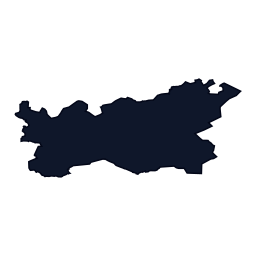 Šķaunes pag., Dagdas, Latvia
{"feature_id": "27541924B39109314614012", "entity_name": "Šķaunes pag.", "entity_type": "district", "adm_level": 2, "iso_a3": "LVA", "parent_name": "Latvia", "parent_adm1": "Dagdas", "projection": "equal_earth", "projection_center": [27.922, 56.167], "detail": "fine", "context": "isolated", "style": "filled", "palette": "ink", "viewbox_px": 256, "rotation_deg": 0, "n_neighbors": 0, "source": "geoboundaries", "source_scale": "gbopen_adm2", "svg_char_len": 5479}
<svg xmlns="http://www.w3.org/2000/svg" viewBox="0 0 256 256"><path d="M22.5,101.7L22.5,101.8L22.4,102.0L22.2,102.3L22.0,102.6L22.0,102.8L21.9,103.0L21.8,103.7L20.8,104.0L20.3,104.3L20.1,104.4L20.0,104.6L20.1,105.0L20.1,106.1L20.1,106.5L20.1,107.2L20.1,107.4L20.1,107.7L20.1,107.8L20.1,108.0L20.1,108.4L20.1,108.7L20.2,109.3L20.1,110.6L20.2,110.9L20.2,111.0L19.9,111.1L19.7,111.5L19.1,112.5L18.8,112.6L17.3,113.0L15.6,113.5L15.5,114.4L15.4,114.5L16.1,115.5L19.0,117.4L20.8,118.0L22.6,118.2L22.7,118.5L22.9,118.7L23.2,118.8L23.4,118.8L24.1,119.8L25.3,120.0L25.9,120.1L26.0,120.1L25.9,121.0L25.5,121.2L25.4,121.3L25.6,121.7L27.5,122.8L27.8,123.1L28.1,123.3L29.0,125.6L27.6,126.8L27.2,127.3L26.9,127.4L26.5,127.4L26.4,127.4L25.8,126.8L25.7,126.5L24.1,126.2L24.1,126.3L23.7,126.5L23.9,126.7L23.8,126.8L24.0,126.9L24.1,127.2L23.8,128.1L23.6,128.5L23.2,128.8L22.9,129.5L23.0,129.6L22.8,129.9L22.9,130.9L22.8,131.0L22.6,131.1L23.3,131.8L24.1,132.2L24.5,132.7L24.8,133.0L25.0,133.3L25.0,133.6L25.0,133.9L25.2,134.5L25.0,135.0L25.2,135.9L25.0,136.0L24.3,136.1L23.8,136.4L22.6,136.6L22.4,136.7L22.3,136.8L22.2,137.2L22.1,138.1L21.2,138.5L21.1,139.1L21.2,140.1L21.1,140.3L21.5,141.0L21.4,141.2L23.7,140.8L28.0,141.0L28.4,141.4L29.1,140.9L30.9,141.1L31.9,141.5L33.0,142.0L33.8,142.1L34.8,142.3L35.1,142.8L36.0,142.6L39.9,142.9L40.4,144.0L41.3,145.6L41.7,146.2L40.9,146.3L38.3,146.5L34.4,155.1L34.6,155.6L36.1,155.9L36.1,157.2L37.1,158.1L30.5,160.9L28.8,161.7L29.0,168.0L29.7,169.3L30.4,170.3L33.7,170.0L34.2,170.0L34.6,170.2L35.2,170.6L35.5,170.9L35.6,171.7L36.6,172.2L37.3,171.7L37.5,171.6L38.3,171.6L38.9,172.2L39.7,172.5L40.3,173.1L41.1,173.7L41.2,173.8L41.1,174.1L42.2,175.3L42.8,175.2L42.9,175.3L43.9,175.7L44.8,176.1L44.7,176.4L44.8,176.5L45.0,176.5L45.4,176.4L46.3,176.2L49.2,176.4L50.3,176.1L51.2,175.9L51.7,175.9L54.5,176.2L54.9,176.0L55.3,175.9L56.2,176.0L56.9,176.1L57.9,176.6L58.6,176.8L59.6,176.8L60.6,176.7L60.9,176.8L61.0,176.9L62.4,176.3L62.7,175.9L62.8,175.6L63.1,175.6L64.5,175.1L66.1,174.5L67.2,173.6L68.6,173.8L69.5,173.2L69.8,173.2L68.5,171.9L68.1,170.7L67.9,169.8L67.9,169.7L68.1,169.4L68.3,169.3L68.0,169.2L70.0,167.3L71.3,166.8L73.2,165.6L81.7,164.8L89.6,164.0L90.9,162.2L92.8,161.7L98.4,160.2L103.4,158.9L103.6,158.9L103.8,159.2L104.1,159.3L104.4,159.2L104.9,158.9L107.0,160.1L108.1,160.7L109.8,161.5L112.3,162.5L113.8,163.1L114.2,163.4L115.7,165.0L116.2,165.4L118.7,166.4L121.6,167.5L122.3,167.7L124.5,168.7L126.0,169.0L130.2,170.8L133.5,172.2L133.3,172.4L135.2,172.8L135.8,173.1L136.0,173.1L136.3,173.8L136.8,173.7L137.9,174.2L138.4,173.6L139.5,172.7L141.1,172.2L142.2,171.6L142.5,172.1L145.4,171.1L145.6,172.0L148.2,171.7L149.4,170.7L149.7,170.7L149.9,170.6L150.1,170.7L150.8,170.5L151.2,170.4L151.7,170.6L151.9,170.7L152.5,170.6L153.4,170.6L154.1,170.7L154.5,170.6L155.3,170.6L155.9,170.4L156.9,170.0L157.3,169.8L157.4,169.7L158.1,168.7L158.8,168.4L159.3,168.1L159.3,167.9L160.0,167.1L161.9,166.9L173.6,166.1L174.0,166.1L174.4,166.3L175.5,167.1L176.3,167.7L176.6,167.8L178.5,168.3L183.6,168.3L184.2,168.3L187.1,173.0L201.4,173.5L201.7,163.9L210.7,159.0L213.6,158.5L216.6,156.7L212.6,152.9L212.8,151.4L213.5,150.4L214.4,145.8L213.3,145.3L212.7,145.1L211.2,143.2L210.4,142.7L209.8,142.2L209.3,142.1L208.9,141.6L208.7,141.3L208.0,140.5L205.7,140.4L202.5,140.4L199.9,138.3L194.9,133.6L195.7,133.3L204.1,129.9L212.0,126.1L208.6,122.7L218.3,117.9L220.8,116.7L220.0,108.8L220.2,106.8L226.4,101.0L229.3,98.6L236.4,95.4L236.6,95.1L239.2,92.5L240.6,91.2L224.2,83.2L223.2,83.5L220.1,85.4L219.9,86.0L221.4,86.1L223.0,87.6L223.2,90.8L218.9,92.4L218.3,94.4L209.8,94.0L208.3,93.1L209.3,91.6L208.9,90.7L207.5,88.8L206.9,88.0L208.7,86.4L211.9,84.6L214.5,83.5L213.0,81.5L212.6,79.9L209.5,80.4L207.3,83.1L206.7,83.7L203.5,85.4L200.9,81.6L201.3,80.6L199.0,79.1L197.4,79.9L195.1,80.2L195.5,82.5L190.2,83.8L185.5,81.9L185.3,82.1L184.4,83.2L183.9,83.6L183.9,83.8L183.6,84.0L182.5,84.8L181.7,85.5L181.2,85.7L180.5,86.0L180.2,86.0L180.1,85.9L179.5,86.0L179.4,86.1L178.6,86.4L178.3,86.6L177.7,86.5L177.2,86.6L176.9,86.6L176.5,86.5L176.0,86.6L175.4,86.6L175.1,86.7L174.8,86.7L174.4,86.8L173.7,86.6L173.0,86.7L172.9,86.8L171.6,87.1L171.5,87.4L171.5,87.6L171.6,87.8L171.6,88.0L171.3,88.2L171.2,88.4L171.4,88.6L171.9,89.0L171.6,89.4L171.3,89.5L170.4,89.6L170.0,89.6L169.9,89.5L169.6,89.6L169.5,90.0L169.7,90.8L169.6,91.3L169.6,91.8L169.4,92.1L169.2,92.2L169.1,92.3L169.0,93.1L168.8,93.3L168.8,93.5L169.3,93.9L169.2,94.0L167.8,93.5L162.7,94.0L161.3,94.2L158.0,95.3L157.8,95.3L157.4,95.6L153.5,99.9L153.2,100.0L148.7,100.3L145.6,101.1L144.3,101.1L144.2,101.1L143.4,101.3L143.0,101.2L142.9,101.1L142.5,101.0L142.2,101.2L141.8,101.6L141.6,101.7L141.4,101.8L140.9,101.8L140.2,102.0L137.7,102.0L136.5,102.0L136.2,102.1L135.1,100.7L133.1,100.1L131.7,98.9L130.5,98.5L127.5,97.5L126.6,98.4L126.3,98.9L123.9,98.7L121.1,98.2L116.1,100.6L114.8,101.4L113.6,102.3L111.5,103.9L104.6,105.0L102.9,105.4L101.8,106.8L100.7,107.1L101.1,107.6L102.0,110.7L102.3,112.1L102.7,113.2L100.0,114.8L95.0,116.8L92.3,115.0L88.6,112.3L85.4,111.3L85.7,110.9L87.3,108.5L87.3,104.8L82.2,101.5L81.2,101.3L78.8,100.9L77.2,101.3L73.1,104.2L69.1,107.1L63.6,108.6L61.7,111.4L61.0,112.8L58.3,116.5L56.5,117.2L55.2,117.6L51.1,118.4L48.0,115.4L47.0,114.4L47.0,114.2L46.3,111.1L45.4,110.1L44.7,109.2L42.3,108.1L41.0,110.2L40.3,111.2L39.8,112.5L35.5,111.8L35.1,111.6L30.7,110.2L30.3,110.0L29.9,109.1L30.1,107.6L28.0,107.6L28.4,102.1L27.0,101.2L26.5,101.7L23.9,101.5L22.5,101.7Z" fill="#0f172a" stroke="#020617" stroke-width="1.5"/></svg>